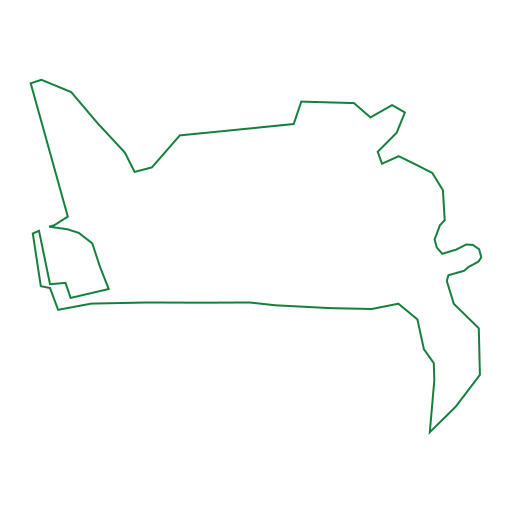 Gulistan, Sirdaryo, Uzbekistan (orthographic projection)
{"feature_id": "79887680B43594264952232", "entity_name": "Gulistan", "entity_type": "district", "adm_level": 2, "iso_a3": "UZB", "parent_name": "Uzbekistan", "parent_adm1": "Sirdaryo", "projection": "orthographic", "projection_center": [68.94, 40.477], "detail": "fine", "context": "isolated", "style": "outline", "palette": "green", "viewbox_px": 512, "rotation_deg": 0, "n_neighbors": 0, "source": "geoboundaries", "source_scale": "gbopen_adm2", "svg_char_len": 955}
<svg xmlns="http://www.w3.org/2000/svg" viewBox="0 0 512 512"><path d="M49.1,226.7L67.2,229.2L78.8,232.9L92.3,243.4L99.8,266.3L108.7,289.0L70.6,297.9L65.5,282.9L50.0,284.2L39.0,230.8L32.8,233.5L40.8,286.2L50.0,288.0L58.1,309.8L91.4,303.6L146.8,302.5L202.1,302.7L249.6,302.5L275.8,305.3L329.7,308.1L371.8,309.0L398.4,303.7L417.4,319.4L423.9,349.2L433.8,363.2L434.3,380.6L429.8,432.2L455.5,406.9L479.9,374.9L478.8,328.3L453.8,303.8L446.8,281.0L448.4,275.2L464.3,270.7L468.4,267.0L478.5,261.6L481.3,257.2L479.1,249.2L472.8,244.9L466.3,244.5L455.6,249.9L453.1,250.5L442.3,253.8L436.8,247.5L434.6,239.5L439.9,225.3L444.7,220.2L442.9,190.2L432.3,173.0L417.9,165.6L398.7,156.2L382.0,163.7L377.7,151.8L396.6,132.8L404.9,112.5L392.1,105.1L370.4,117.4L354.0,103.1L301.3,101.6L293.7,124.0L179.8,135.4L151.9,167.4L134.6,171.9L124.9,152.6L97.4,123.0L71.2,92.1L41.4,79.8L30.7,83.3L67.8,216.6L54.3,225.2L49.1,226.7Z" fill="none" stroke="#15803d" stroke-width="2"/></svg>